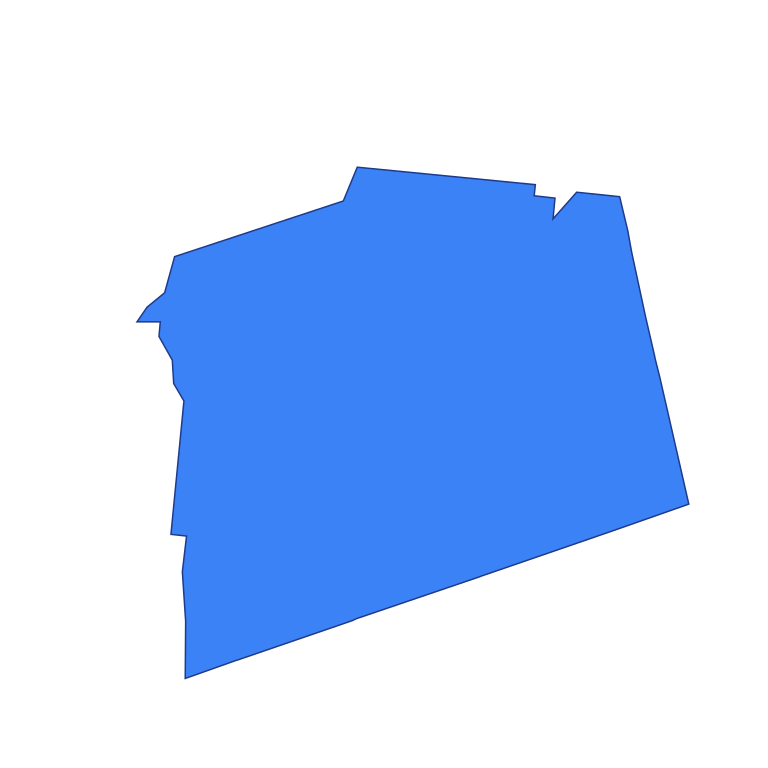 Polk, Tennessee, United States of America, rotated 341°
{"feature_id": "52423323B82941732188534", "entity_name": "Polk", "entity_type": "district", "adm_level": 2, "iso_a3": "USA", "parent_name": "United States of America", "parent_adm1": "Tennessee", "projection": "mercator", "projection_center": [-84.522, 35.137], "detail": "fine", "context": "isolated", "style": "filled", "palette": "blue", "viewbox_px": 768, "rotation_deg": 341, "n_neighbors": 0, "source": "geoboundaries", "source_scale": "gbopen_adm2", "svg_char_len": 627}
<svg xmlns="http://www.w3.org/2000/svg" viewBox="0 0 768 768"><g transform="rotate(341 384 384)"><path d="M633.1,596.8L647.0,467.1L648.7,447.2L648.9,446.6L653.2,405.6L661.1,339.9L664.4,318.4L667.8,283.6L628.6,265.4L597.6,282.9L606.2,263.9L587.3,254.9L592.0,244.8L429.3,170.3L405.1,197.7L227.5,195.4L206.3,226.3L185.0,234.2L170.7,244.8L192.7,252.4L186.7,265.8L191.6,292.5L185.3,315.1L189.3,334.9L133.6,456.8L147.8,463.5L132.2,495.9L119.2,543.8L100.2,597.7L152.8,597.2L157.0,597.3L277.4,597.4L281.4,596.9L412.4,597.4L413.4,597.3L547.4,597.3L548.5,597.3L633.1,596.8Z" fill="#3b82f6" stroke="#1e3a8a" stroke-width="1.5"/></g></svg>